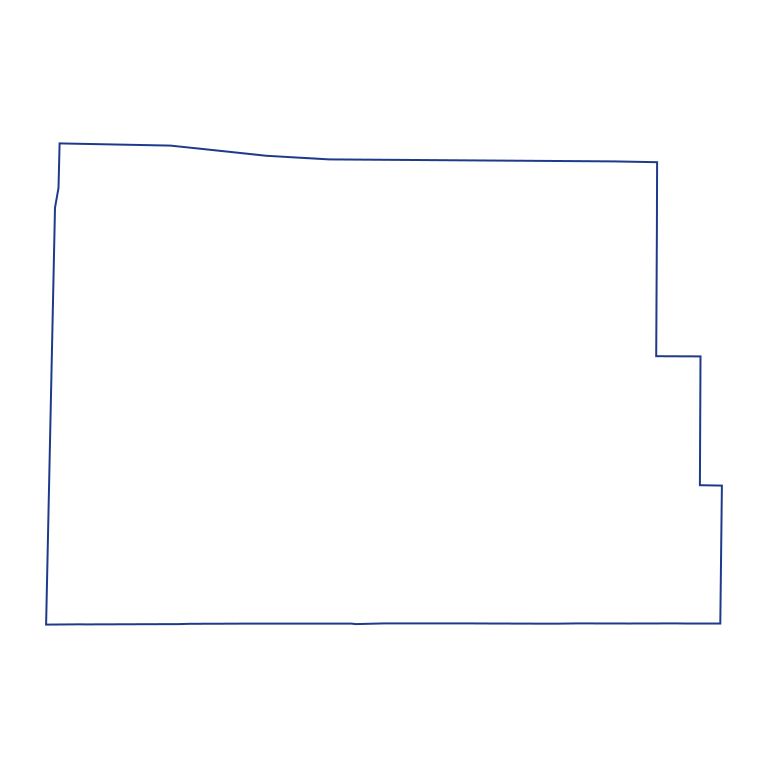 the district of Ripley, Missouri, United States of America
{"feature_id": "52423323B14772926115181", "entity_name": "Ripley", "entity_type": "district", "adm_level": 2, "iso_a3": "USA", "parent_name": "United States of America", "parent_adm1": "Missouri", "projection": "robinson", "projection_center": [-90.827, 36.661], "detail": "fine", "context": "isolated", "style": "outline", "palette": "blue", "viewbox_px": 768, "rotation_deg": 0, "n_neighbors": 0, "source": "geoboundaries", "source_scale": "gbopen_adm2", "svg_char_len": 588}
<svg xmlns="http://www.w3.org/2000/svg" viewBox="0 0 768 768"><path d="M59.6,143.4L58.5,187.9L55.0,207.7L46.1,624.6L83.1,624.3L83.6,624.4L179.1,624.1L190.6,623.8L224.1,623.7L246.3,623.6L249.3,623.6L349.1,623.6L351.9,623.6L352.3,623.7L355.7,624.1L384.3,623.4L465.2,623.4L467.6,623.4L488.2,623.5L554.9,623.7L577.2,623.4L625.9,623.5L631.7,623.5L675.7,623.4L684.5,623.5L698.1,623.5L709.1,623.5L720.3,623.5L721.9,485.6L699.9,485.2L700.5,356.4L656.2,356.2L656.9,227.9L657.1,162.2L614.1,161.4L329.0,159.4L266.6,155.8L170.4,145.6L59.6,143.4Z" fill="none" stroke="#1e3a8a" stroke-width="2"/></svg>